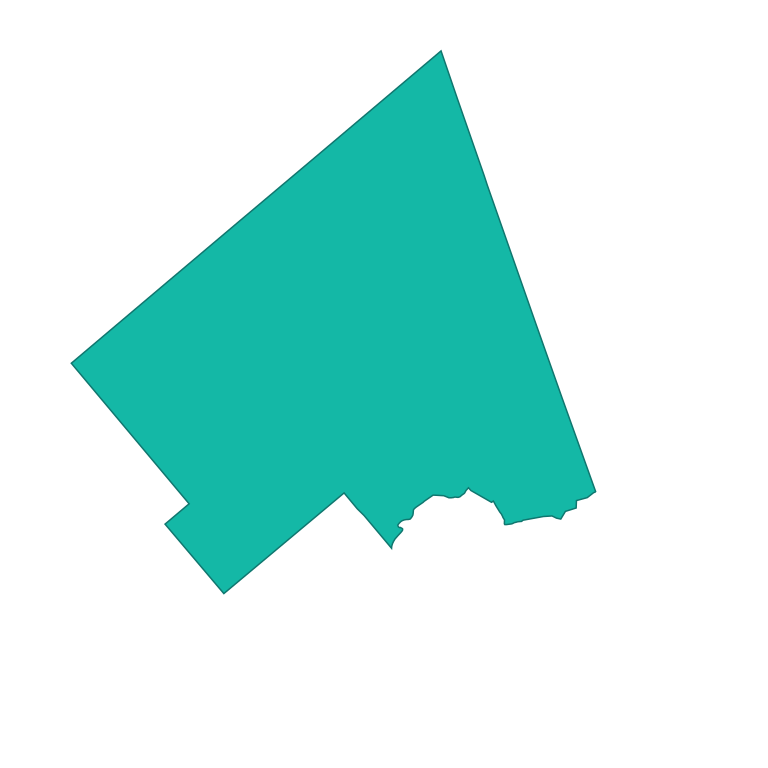 outline of Yuma, Arizona, United States of America, rotated 230°
{"feature_id": "52423323B36944168134022", "entity_name": "Yuma", "entity_type": "district", "adm_level": 2, "iso_a3": "USA", "parent_name": "United States of America", "parent_adm1": "Arizona", "projection": "natural_earth1", "projection_center": [-114.473, 32.752], "detail": "fine", "context": "isolated", "style": "filled", "palette": "teal", "viewbox_px": 768, "rotation_deg": 230, "n_neighbors": 0, "source": "geoboundaries", "source_scale": "gbopen_adm2", "svg_char_len": 1443}
<svg xmlns="http://www.w3.org/2000/svg" viewBox="0 0 768 768"><g transform="rotate(230 384 384)"><path d="M253.3,284.2L253.7,284.6L254.8,285.7L256.3,288.0L257.3,290.2L258.2,292.8L258.9,297.3L259.4,301.4L259.8,303.5L260.2,304.4L261.0,305.1L261.5,305.1L263.6,304.3L263.9,303.7L265.1,303.2L266.7,303.6L267.2,304.2L267.6,306.2L267.8,308.4L267.6,310.0L267.2,311.3L266.7,312.5L265.8,314.0L264.5,315.7L263.8,317.0L263.7,317.6L264.3,320.1L265.0,321.8L265.9,322.9L268.6,325.6L268.8,326.1L269.0,327.5L269.0,329.7L268.2,337.8L268.3,339.5L267.3,350.2L265.2,352.5L259.9,358.1L259.2,358.4L259.1,358.5L255.1,360.6L253.6,362.4L252.3,364.4L252.1,365.2L251.6,365.9L249.6,367.8L249.1,368.9L248.8,369.7L248.8,372.8L248.6,374.8L248.7,375.8L249.7,378.3L250.2,382.0L246.6,382.1L224.3,390.3L224.0,392.0L224.1,392.4L223.2,392.4L219.0,391.5L211.5,390.4L211.3,390.4L208.8,390.3L205.9,389.6L205.5,389.4L203.8,389.1L202.5,389.0L199.6,386.4L199.0,386.2L198.6,386.2L197.5,387.6L194.9,391.7L194.5,392.6L194.0,394.8L193.4,395.9L192.5,397.9L190.3,401.1L190.3,402.8L190.2,403.1L180.0,421.0L174.9,427.9L170.4,429.9L166.9,432.6L169.8,441.1L165.5,451.5L171.0,456.5L166.3,466.7L166.0,475.0L165.5,476.0L165.6,477.0L257.9,511.1L331.6,538.7L470.1,591.0L479.3,594.7L555.4,623.6L602.5,641.8L601.9,473.2L601.7,378.1L601.4,285.7L600.9,157.8L417.5,157.7L417.4,126.2L326.4,126.6L326.2,283.4L305.5,283.3L296.1,284.2L253.3,284.2Z" fill="#14b8a6" stroke="#0f766e" stroke-width="1.5"/></g></svg>